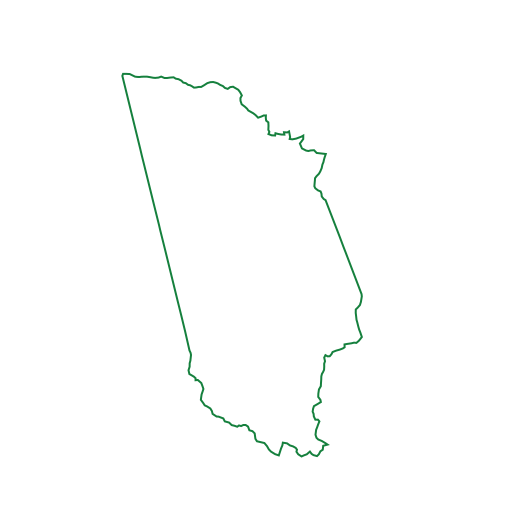 the district of Piraquê, Tocantins, Brazil, rotated 166°
{"feature_id": "56859067B33098244249330", "entity_name": "Piraquê", "entity_type": "district", "adm_level": 2, "iso_a3": "BRA", "parent_name": "Brazil", "parent_adm1": "Tocantins", "projection": "orthographic", "projection_center": [-48.258, -6.735], "detail": "fine", "context": "isolated", "style": "outline", "palette": "green", "viewbox_px": 512, "rotation_deg": 166, "n_neighbors": 0, "source": "geoboundaries", "source_scale": "gbopen_adm2", "svg_char_len": 3322}
<svg xmlns="http://www.w3.org/2000/svg" viewBox="0 0 512 512"><g transform="rotate(166 256 256)"><path d="M304.6,453.0L307.4,452.7L310.8,453.2L312.8,453.9L315.4,455.1L318.2,456.3L320.9,457.0L323.5,457.6L325.9,457.9L327.9,458.5L330.0,459.3L332.0,461.0L334.5,463.1L337.8,464.1L340.9,464.9L342.1,463.1L342.4,388.2L342.5,381.3L342.5,378.9L342.5,376.8L342.5,372.1L342.6,330.0L342.6,309.6L342.7,304.3L342.7,297.1L342.7,293.0L342.7,283.8L342.9,230.7L342.9,226.7L342.9,222.0L342.9,217.2L343.0,200.1L343.4,180.4L342.9,177.9L343.0,175.7L345.0,170.3L346.3,168.0L347.2,164.6L349.1,161.5L349.2,157.6L347.0,155.5L345.4,153.9L344.2,152.0L344.7,150.1L342.5,149.8L339.8,146.0L339.4,142.5L339.2,139.7L340.6,137.4L342.3,134.8L343.4,132.1L344.3,129.8L342.7,125.9L341.9,123.5L339.9,121.9L337.2,119.1L336.3,116.2L336.3,113.3L333.1,109.8L331.2,109.2L327.0,106.3L326.3,103.1L322.4,100.9L320.5,97.8L318.0,96.5L315.5,94.9L313.5,95.7L311.6,94.6L309.2,95.1L306.9,94.5L305.0,92.4L304.6,88.5L301.8,86.9L300.2,84.2L300.8,78.8L299.9,76.0L293.1,72.5L291.3,68.8L290.3,65.2L288.8,62.6L285.4,59.1L282.1,57.0L278.3,63.1L276.2,65.9L275.1,68.4L271.2,66.7L268.9,64.0L266.1,62.3L263.9,60.2L263.1,58.2L264.1,56.3L263.0,53.4L260.3,50.5L257.6,51.0L254.7,51.3L251.0,53.2L249.9,50.5L248.4,48.9L245.2,47.1L243.0,48.4L240.8,50.9L238.1,51.9L236.7,55.6L232.2,55.7L233.8,57.5L236.9,60.6L240.0,62.9L241.3,65.0L241.5,68.2L240.6,70.5L239.7,72.8L238.1,75.0L236.6,77.3L234.5,80.2L235.5,82.2L238.0,82.8L238.7,86.4L238.3,88.9L238.7,91.2L237.6,93.9L236.1,96.3L231.9,97.5L228.4,98.6L228.3,100.8L229.7,104.2L228.8,107.4L227.2,111.3L224.6,114.0L223.9,116.3L222.7,120.0L221.7,123.5L220.5,125.7L219.0,127.2L217.5,129.1L216.6,132.0L215.9,135.0L214.5,137.2L214.4,140.9L212.6,143.0L210.8,141.3L208.7,140.9L206.6,142.4L204.9,144.3L201.1,144.8L197.3,144.9L194.1,145.3L192.1,146.0L191.5,148.8L188.6,148.6L184.5,148.2L181.8,148.2L179.6,147.4L176.8,148.8L174.8,150.3L172.9,151.8L173.3,156.7L173.7,159.6L173.8,162.6L173.8,167.3L173.9,169.8L173.5,172.7L173.0,176.7L172.1,180.0L170.0,181.2L167.0,183.3L165.3,186.1L163.1,191.2L162.8,193.5L168.2,238.1L168.5,240.4L168.9,243.6L170.1,254.1L175.0,293.4L176.5,294.9L177.8,297.8L177.4,300.7L177.7,303.0L180.0,304.7L182.1,307.4L182.5,309.5L181.8,311.6L180.5,315.3L179.9,317.2L178.1,318.7L175.0,320.6L173.1,322.6L171.0,325.4L169.4,328.7L167.9,330.7L166.8,332.9L165.8,334.7L163.6,338.1L172.2,341.3L174.1,344.6L177.4,345.2L179.8,345.2L181.9,346.2L185.4,349.3L186.2,354.5L181.9,358.0L181.0,361.4L183.2,360.8L188.6,360.2L192.5,360.4L195.0,361.4L194.1,363.2L193.8,368.9L195.7,368.3L198.9,369.3L199.1,366.9L202.2,367.8L205.1,369.1L207.4,370.4L208.3,368.3L211.6,369.3L214.4,371.3L213.0,373.2L213.5,375.4L212.4,379.2L211.7,382.7L213.4,384.9L213.1,387.6L212.4,390.0L214.5,390.5L217.1,390.0L220.5,389.7L222.3,392.8L224.1,395.1L226.1,397.0L228.3,399.1L229.0,401.0L230.7,403.6L233.2,406.7L233.5,410.3L232.9,413.0L230.9,415.2L231.8,418.8L233.0,421.6L235.8,424.3L237.3,425.8L240.2,426.1L243.0,425.0L245.5,426.6L247.0,428.9L249.4,430.7L251.3,432.7L253.1,433.9L255.5,435.2L258.3,435.7L261.4,435.5L265.2,434.2L268.3,433.3L270.7,433.9L273.4,434.0L275.5,434.4L276.9,436.0L278.6,437.6L280.5,438.5L282.3,440.7L284.7,441.9L285.9,444.1L288.4,446.3L291.0,447.5L292.7,449.3L296.1,449.9L299.0,450.2L301.8,450.9L304.6,453.0Z" fill="none" stroke="#15803d" stroke-width="2"/></g></svg>